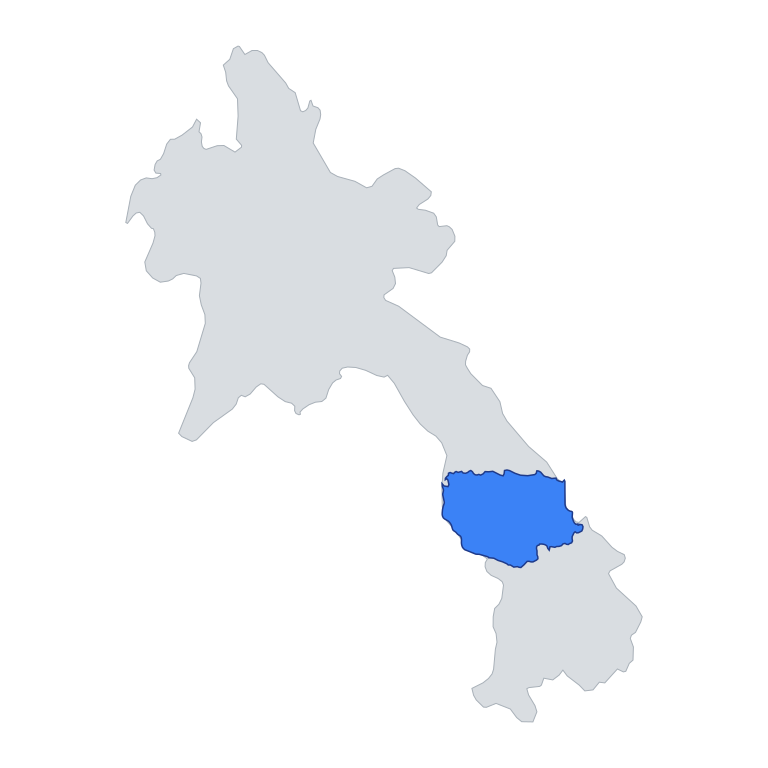 Savannakhét highlighted on a map of Laos
{"feature_id": "LAO-3282", "entity_name": "Savannakhét", "entity_type": "Province", "adm_level": 1, "iso_a3": "LAO", "parent_name": "Laos", "parent_adm1": "", "projection": "robinson", "projection_center": [105.728, 16.499], "detail": "fine", "context": "in_parent", "style": "filled", "palette": "blue", "viewbox_px": 768, "rotation_deg": 0, "n_neighbors": 0, "source": "natural_earth", "source_scale": "10m", "svg_char_len": 6139}
<svg xmlns="http://www.w3.org/2000/svg" viewBox="0 0 768 768"><path d="M264.4,55.2L268.1,62.7L285.7,83.0L288.7,88.4L295.2,92.7L300.5,110.7L302.8,111.8L305.7,110.5L307.9,108.0L309.8,101.0L311.0,100.3L313.0,106.0L317.9,107.7L320.1,110.2L320.7,114.6L320.0,119.0L315.8,129.3L313.2,143.0L330.4,172.5L337.6,176.5L354.9,181.3L366.6,187.8L372.0,186.3L377.2,179.0L383.5,174.9L395.1,168.6L398.5,168.2L404.9,170.7L415.4,178.0L431.3,191.8L430.8,195.5L427.9,199.0L419.3,204.5L416.6,208.0L418.2,209.3L425.3,210.2L433.7,213.2L436.3,216.9L437.7,225.1L439.2,226.6L446.9,225.7L449.3,226.8L452.1,229.4L454.9,236.2L454.8,241.3L447.1,250.3L446.2,255.7L442.1,262.1L431.5,272.8L428.7,273.5L409.1,267.6L393.5,268.4L392.2,270.6L394.8,277.1L395.5,283.6L393.1,288.4L384.1,294.8L383.8,297.5L385.6,300.4L398.6,306.2L440.2,337.1L459.2,343.0L467.5,346.9L469.7,349.1L469.6,351.8L467.4,355.2L465.6,361.3L465.5,364.9L467.5,368.5L470.8,373.7L482.5,385.5L491.0,388.3L499.9,401.7L502.6,413.5L507.0,421.1L528.6,446.5L546.7,462.1L557.5,479.0L562.7,482.9L564.4,489.0L565.8,506.8L572.1,515.7L573.4,519.2L576.1,521.9L579.1,522.4L585.5,516.6L586.8,517.4L589.6,526.8L592.2,530.2L601.8,536.0L612.0,547.3L617.5,551.4L624.3,554.7L625.3,558.2L624.1,561.9L621.9,564.2L610.1,570.8L608.5,573.6L616.4,588.1L636.0,606.0L642.2,616.8L640.8,621.9L635.5,632.4L631.4,635.2L630.3,638.5L633.4,647.0L633.0,660.1L629.3,663.3L625.8,671.3L623.4,671.9L617.4,669.0L604.8,682.9L599.3,682.2L593.0,689.9L584.8,690.9L579.2,685.1L567.2,675.9L562.9,670.1L559.1,675.1L552.8,679.9L543.8,678.2L541.4,685.1L539.7,686.4L528.9,687.6L526.8,688.7L528.6,695.0L535.0,705.7L536.9,711.8L532.9,721.9L521.7,721.7L516.7,717.6L510.3,709.0L496.0,703.4L486.4,707.3L483.5,707.1L476.2,699.9L473.6,695.3L471.9,688.4L482.9,682.9L488.5,678.5L492.1,673.9L493.6,669.1L495.4,649.2L497.0,642.2L496.1,633.6L493.1,626.8L493.2,616.7L494.7,608.4L498.9,604.3L501.8,598.4L503.5,585.1L502.2,581.7L498.1,578.5L491.2,575.4L486.9,571.5L485.1,566.8L485.3,562.6L487.4,559.0L482.2,555.1L469.7,550.7L462.7,545.4L461.2,539.3L456.0,531.3L447.0,521.3L442.3,507.0L441.9,488.4L442.9,473.2L446.9,455.6L441.7,442.8L435.9,436.1L427.9,431.2L420.3,424.1L413.1,414.9L404.4,401.3L394.3,383.3L387.6,375.3L384.1,377.1L376.8,375.5L365.6,370.3L355.9,367.5L347.6,367.0L342.2,368.2L339.7,371.0L339.5,373.7L341.6,376.4L340.5,378.5L336.1,380.0L332.6,382.9L328.7,389.5L325.9,398.2L321.8,401.5L315.4,402.2L309.1,404.7L302.9,408.9L300.0,412.1L300.4,414.3L299.0,414.8L296.0,413.5L294.6,410.7L294.8,406.2L291.6,403.2L285.2,401.6L277.9,396.8L264.0,384.3L260.8,383.8L256.2,387.0L250.2,394.0L245.2,396.8L241.3,395.3L238.3,397.8L236.2,404.1L232.3,409.1L213.4,422.6L196.4,439.9L192.1,441.4L181.9,436.6L178.6,433.2L192.9,397.8L195.1,389.2L194.7,377.8L188.8,368.3L188.6,365.6L189.5,362.7L196.8,351.7L205.3,323.4L204.9,314.6L201.3,304.9L199.4,295.7L201.0,283.2L200.4,278.4L196.5,275.9L183.7,273.4L176.3,275.5L172.7,278.9L168.4,281.0L160.3,282.2L152.7,278.0L146.3,270.8L144.8,262.0L153.0,243.1L155.0,235.8L154.8,232.3L153.4,228.7L151.5,228.3L147.5,223.8L143.5,215.9L139.8,212.3L136.2,213.0L132.9,216.0L127.5,223.4L125.8,222.5L130.8,196.3L135.3,185.2L140.6,180.0L146.2,177.9L152.1,178.7L157.0,177.7L160.9,175.0L160.6,173.5L155.9,173.1L154.1,170.1L155.1,164.5L157.2,160.9L160.4,159.3L163.6,153.7L166.7,144.1L170.4,139.3L174.7,139.2L182.1,135.1L192.5,127.0L196.6,119.2L200.5,122.8L199.0,131.8L201.0,133.7L202.0,137.0L201.4,142.0L202.2,146.3L203.8,148.4L206.1,149.4L217.2,145.7L223.9,145.5L235.0,152.1L241.5,147.2L241.6,145.3L236.3,139.1L238.1,116.2L237.5,98.8L228.5,85.9L226.6,80.8L225.7,72.3L223.3,65.1L229.8,59.3L233.4,48.7L238.0,46.1L239.4,46.5L244.9,54.5L252.0,50.5L257.4,50.5L261.9,52.6L264.4,55.2Z" fill="#d9dde1" stroke="#a8b0b8" stroke-width="1"/><path d="M442.8,493.5L442.9,493.3L443.3,491.5L443.5,490.6L443.4,489.6L443.2,488.8L442.5,487.1L442.3,486.3L442.1,483.7L444.1,486.0L448.0,486.6L448.9,484.6L447.9,480.0L446.7,478.7L445.3,479.7L445.4,478.3L446.9,476.5L448.3,475.4L448.5,473.2L450.1,472.5L451.9,473.2L453.6,473.6L454.7,472.3L456.1,471.5L458.1,472.4L461.6,471.4L463.1,473.0L465.5,473.3L467.6,472.5L469.2,471.2L470.8,470.5L472.4,471.7L473.5,473.5L475.2,474.8L477.2,475.0L478.1,474.6L478.9,474.4L480.6,475.1L483.2,473.8L485.1,471.6L488.6,471.8L492.8,471.3L500.3,475.1L503.1,475.8L504.1,473.8L504.5,470.5L507.0,470.0L509.6,470.6L515.0,473.3L520.5,475.2L527.7,475.7L534.7,474.6L535.5,474.0L536.3,473.2L536.5,472.0L536.9,470.8L538.8,471.1L540.7,472.2L543.8,475.8L545.7,476.7L547.8,477.0L551.7,478.5L556.0,478.1L556.3,478.8L556.5,479.6L557.1,480.1L558.3,480.8L559.6,481.3L560.8,481.5L562.4,482.1L564.3,480.1L564.9,481.4L564.9,483.1L565.0,504.2L565.4,506.1L566.0,507.8L567.6,509.7L568.9,510.6L570.3,511.2L571.2,511.3L572.2,511.8L572.5,512.7L572.2,516.9L572.3,517.8L573.3,520.9L574.4,523.0L575.9,524.3L577.9,524.0L577.9,524.8L578.1,525.2L578.6,525.1L579.3,524.8L579.9,524.3L580.4,524.6L581.3,524.6L582.1,524.8L583.0,526.7L582.7,529.0L581.8,531.0L578.5,532.7L576.7,532.9L575.1,531.8L574.0,532.8L572.2,536.5L572.1,538.4L572.5,541.0L571.6,542.8L569.5,543.6L568.3,544.5L566.6,544.3L565.0,543.4L563.0,543.9L561.5,545.6L559.1,546.4L556.6,546.5L554.9,547.3L551.1,546.6L549.9,546.9L549.6,548.7L549.2,550.2L547.8,548.4L546.9,545.9L545.5,544.9L543.8,544.3L541.7,544.0L539.5,544.1L539.3,544.6L539.0,545.1L537.8,545.4L537.1,545.9L536.6,546.8L536.5,548.8L537.0,550.8L537.0,554.8L537.8,556.8L537.9,558.8L536.5,560.1L533.0,561.9L531.0,561.9L529.0,561.3L527.1,561.4L524.1,564.7L520.9,567.5L519.1,567.3L517.4,566.6L513.8,567.1L510.4,565.0L508.3,565.0L507.5,564.4L506.9,563.8L502.5,561.8L498.0,560.4L493.8,558.2L488.6,557.7L488.5,557.3L487.9,556.9L487.3,556.6L479.3,554.3L476.4,554.2L475.7,554.1L466.8,550.5L464.9,549.8L463.4,548.5L462.3,546.9L461.7,545.0L461.4,543.0L461.5,539.5L461.3,537.8L460.5,536.2L459.9,535.7L458.6,534.9L458.0,534.5L457.5,534.1L456.1,532.5L455.6,532.0L453.8,530.8L453.1,530.2L452.7,529.5L452.4,528.7L451.7,526.2L451.2,524.8L450.4,523.5L449.5,522.3L448.4,521.2L444.5,518.9L443.3,517.8L442.6,516.4L442.2,514.8L442.2,513.0L442.5,509.6L443.2,506.3L444.2,503.4L444.3,502.5L444.2,501.6L442.8,495.1L442.7,494.2L442.8,493.5Z" fill="#3b82f6" stroke="#1e3a8a" stroke-width="1.5"/></svg>